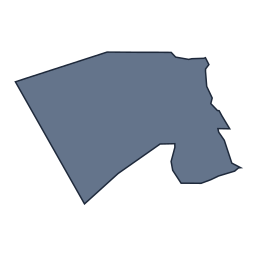 Davis, Utah, United States of America
{"feature_id": "52423323B15270253892889", "entity_name": "Davis", "entity_type": "district", "adm_level": 2, "iso_a3": "USA", "parent_name": "United States of America", "parent_adm1": "Utah", "projection": "orthographic", "projection_center": [-111.927, 40.961], "detail": "fine", "context": "isolated", "style": "filled", "palette": "slate", "viewbox_px": 256, "rotation_deg": 0, "n_neighbors": 0, "source": "geoboundaries", "source_scale": "gbopen_adm2", "svg_char_len": 615}
<svg xmlns="http://www.w3.org/2000/svg" viewBox="0 0 256 256"><path d="M205.4,57.7L203.9,58.3L191.9,58.7L188.7,59.4L175.6,57.1L171.2,52.4L156.3,52.3L155.1,52.3L139.4,52.3L107.0,52.1L27.9,77.7L15.4,81.8L84.5,203.9L118.1,173.5L160.1,144.0L174.8,143.7L174.9,147.3L171.1,161.5L172.7,170.3L181.1,183.2L187.5,183.2L201.1,183.3L210.8,179.7L218.5,176.0L234.7,171.1L238.5,167.9L240.6,167.7L231.8,163.1L224.3,140.3L218.7,132.2L217.9,128.6L229.7,128.8L221.8,115.7L219.1,110.7L217.4,110.5L210.8,103.6L212.2,98.0L206.7,86.4L205.5,71.1L205.6,68.9L208.9,64.6L205.4,57.7Z" fill="#64748b" stroke="#1e293b" stroke-width="1.5"/></svg>